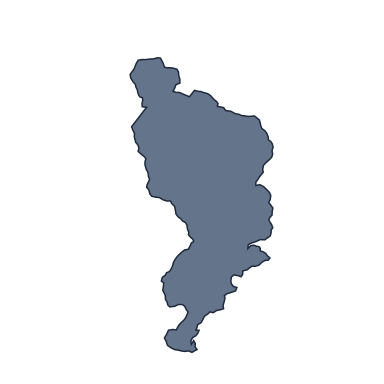 Mirim Doce, Santa Catarina, Brazil, rotated 242°
{"feature_id": "56859067B1000526866596", "entity_name": "Mirim Doce", "entity_type": "district", "adm_level": 2, "iso_a3": "BRA", "parent_name": "Brazil", "parent_adm1": "Santa Catarina", "projection": "robinson", "projection_center": [-50.194, -27.174], "detail": "fine", "context": "isolated", "style": "filled", "palette": "slate", "viewbox_px": 384, "rotation_deg": 242, "n_neighbors": 0, "source": "geoboundaries", "source_scale": "gbopen_adm2", "svg_char_len": 3343}
<svg xmlns="http://www.w3.org/2000/svg" viewBox="0 0 384 384"><g transform="rotate(242 192 192)"><path d="M76.1,99.1L72.6,99.1L68.0,98.4L63.8,100.6L60.8,102.9L58.9,105.5L56.4,108.3L54.5,111.0L53.4,114.2L50.4,116.7L50.6,119.6L50.5,122.5L53.7,122.0L56.8,123.8L60.0,123.7L57.8,120.0L61.0,121.0L63.1,124.1L63.3,128.1L64.7,131.0L66.6,133.3L68.1,130.6L70.0,132.7L72.2,134.6L72.4,138.8L74.7,142.2L76.6,145.0L76.8,148.5L77.7,151.6L75.5,154.0L75.8,158.3L74.7,161.8L74.1,165.1L77.0,166.0L80.3,169.1L82.8,171.3L85.3,172.0L85.7,175.4L85.0,179.1L84.2,184.0L86.6,186.8L89.4,184.1L92.7,183.7L95.1,184.5L98.4,186.8L99.1,190.0L97.0,192.9L94.1,195.6L95.4,198.0L98.5,199.8L97.4,204.2L97.9,206.8L98.3,210.2L96.7,213.1L96.0,216.8L97.2,221.1L97.2,224.9L96.0,227.3L97.2,229.9L100.3,228.6L103.2,228.3L106.1,226.5L108.0,224.5L110.1,225.9L112.3,225.5L113.8,223.5L115.9,221.8L117.0,218.8L115.9,214.8L119.0,216.9L119.0,220.8L118.2,225.3L117.9,229.9L115.6,233.8L116.1,237.6L116.5,240.4L118.8,242.7L121.4,244.1L122.4,246.5L125.8,247.0L129.1,246.7L131.5,246.8L133.1,249.0L134.0,251.8L137.2,253.7L139.9,255.9L143.2,255.4L146.7,254.9L148.7,257.6L151.9,259.9L155.3,260.2L159.2,259.0L162.8,257.9L166.6,255.4L167.8,251.4L170.7,253.0L171.8,255.4L173.6,258.5L174.8,261.3L176.1,264.3L178.6,264.9L182.0,267.6L183.4,271.8L184.2,275.5L185.3,278.7L187.4,280.9L191.0,282.1L193.4,284.6L196.8,285.5L199.6,285.3L202.0,284.0L205.0,285.1L208.4,285.6L211.9,285.1L215.3,283.5L218.2,283.8L220.8,284.6L224.0,285.3L227.6,283.8L229.9,282.8L231.1,279.7L232.5,276.8L234.7,274.0L236.2,271.7L238.8,269.7L240.7,267.0L245.2,264.1L248.0,260.0L251.7,259.5L253.8,256.9L255.8,254.6L257.9,256.5L260.3,256.2L263.9,254.6L267.9,253.8L271.4,252.1L274.3,249.0L276.7,246.8L278.1,244.5L280.6,242.0L277.3,234.4L280.8,231.6L283.9,229.1L286.1,227.3L287.2,224.9L289.9,222.5L291.5,225.1L294.3,228.3L293.8,232.4L297.5,234.3L300.8,234.9L304.4,236.4L307.5,236.3L310.0,233.8L311.9,231.2L313.4,228.3L315.1,226.3L319.3,227.0L325.1,227.0L326.8,224.5L327.5,220.8L329.3,216.9L330.7,213.1L332.6,209.7L333.6,206.3L331.5,202.9L329.4,200.5L327.8,198.5L326.5,195.9L324.8,192.5L321.1,191.4L316.9,191.7L313.6,192.5L310.9,191.7L307.8,191.7L305.6,190.9L302.8,190.4L300.3,190.7L298.5,192.5L296.1,191.5L293.6,189.4L290.6,188.1L288.1,191.6L278.0,169.3L274.5,168.9L270.7,168.7L267.7,166.9L265.4,166.4L262.2,165.6L259.0,166.3L255.7,165.8L253.2,163.5L250.0,164.6L245.8,166.4L243.1,166.9L240.6,164.6L238.0,163.2L235.6,162.7L233.2,162.2L230.8,162.4L228.4,161.8L226.1,160.8L223.0,160.5L221.0,157.8L219.5,155.8L217.5,154.1L215.0,154.8L212.4,154.5L209.8,153.9L207.2,154.4L204.7,157.2L202.5,160.5L198.8,162.7L196.0,165.4L194.2,168.7L191.0,168.8L187.5,169.9L183.8,168.8L179.9,167.5L176.2,168.2L173.8,169.5L170.8,170.0L168.1,171.9L164.9,171.9L161.1,170.5L158.1,170.3L155.9,168.8L153.3,169.3L149.8,170.6L147.4,170.1L147.2,167.3L145.3,165.1L143.2,161.8L144.3,158.4L143.5,153.8L142.3,149.5L140.5,145.6L138.6,142.6L135.7,140.0L133.6,137.1L132.3,134.6L132.7,131.6L131.1,129.4L130.6,125.8L127.7,123.1L125.0,124.4L122.1,122.4L118.8,120.0L115.5,120.0L112.9,119.7L109.6,118.1L106.6,118.4L103.7,117.6L101.0,118.4L99.2,123.1L99.1,127.0L97.1,130.8L94.3,131.9L91.0,131.7L88.1,132.2L86.1,130.2L83.9,127.3L82.6,124.4L81.8,121.3L80.8,118.3L79.4,115.8L77.5,113.5L79.7,110.4L81.0,106.3L78.6,103.2L76.1,99.1Z" fill="#64748b" stroke="#1e293b" stroke-width="1.5"/></g></svg>